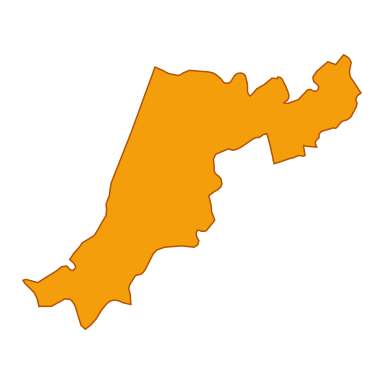 outline of Leiria
{"feature_id": "PRT-740", "entity_name": "Leiria", "entity_type": "District", "adm_level": 1, "iso_a3": "PRT", "parent_name": "Portugal", "parent_adm1": "", "projection": "robinson", "projection_center": [-8.666, 39.654], "detail": "fine", "context": "isolated", "style": "filled", "palette": "amber", "viewbox_px": 384, "rotation_deg": 0, "n_neighbors": 0, "source": "natural_earth", "source_scale": "10m", "svg_char_len": 2653}
<svg xmlns="http://www.w3.org/2000/svg" viewBox="0 0 384 384"><path d="M39.0,306.6L37.3,299.0L34.3,292.7L25.0,283.5L23.0,280.3L26.0,279.4L37.7,282.6L56.9,270.6L61.7,266.6L67.0,266.1L70.2,269.8L72.9,270.5L75.9,267.5L74.0,263.4L69.7,259.5L74.0,253.1L79.8,246.6L82.0,243.0L86.8,240.1L94.2,235.6L98.0,229.6L100.7,224.5L106.0,215.5L106.6,210.0L106.1,204.0L109.3,195.5L111.0,183.4L131.4,131.8L155.0,67.1L156.6,67.7L163.2,70.6L165.6,72.1L169.2,73.7L177.5,75.4L180.1,75.0L183.2,72.9L189.6,70.3L202.9,71.5L208.0,71.8L213.4,73.1L216.5,75.0L220.9,78.7L223.3,82.0L224.0,82.6L225.9,83.2L228.6,83.0L230.0,82.3L230.7,81.7L234.7,75.4L236.5,74.1L238.4,73.2L240.3,73.1L241.9,73.2L243.7,73.9L245.4,75.7L247.1,82.7L247.5,85.7L247.5,90.7L247.9,93.1L248.9,94.8L250.1,96.0L251.9,94.5L256.7,88.9L263.6,85.0L272.0,78.2L277.3,78.6L277.8,77.0L280.1,77.3L281.9,78.8L285.4,85.5L287.9,91.6L289.0,95.8L288.5,98.4L287.1,100.5L285.2,101.8L284.0,102.8L285.8,103.4L287.9,103.4L298.4,99.6L307.5,89.9L310.2,89.5L314.4,91.3L316.6,91.0L318.1,89.5L318.7,86.8L317.6,85.0L314.5,82.2L313.6,81.2L313.1,78.9L312.9,77.0L316.9,71.1L327.9,61.8L335.7,64.6L343.6,54.8L347.0,56.7L348.6,58.0L350.2,60.3L351.2,62.4L349.4,71.2L350.2,76.6L361.0,93.0L358.0,95.2L356.9,96.5L355.7,99.8L356.4,101.3L356.8,102.6L357.1,103.1L356.2,107.0L351.2,116.4L348.7,118.7L346.2,120.2L344.0,120.7L341.6,121.7L339.4,124.2L337.2,127.0L335.7,128.3L333.2,127.9L321.7,131.3L320.3,132.6L318.9,134.5L319.0,136.1L318.9,138.0L317.3,139.2L315.3,142.0L315.3,143.6L316.7,147.1L305.8,146.2L303.9,145.4L303.6,147.0L304.1,149.2L305.0,155.4L303.7,156.1L298.7,155.5L293.0,157.8L289.6,158.6L278.9,162.3L274.2,163.8L273.9,162.4L273.2,160.5L272.9,157.9L271.1,150.4L270.5,147.0L266.9,133.6L262.9,134.8L259.5,137.4L257.0,137.5L253.5,138.6L240.9,147.3L236.1,149.6L233.0,150.2L228.2,149.0L216.3,153.9L214.9,156.0L213.5,158.8L213.6,161.2L214.2,166.9L214.2,170.6L215.0,173.1L216.7,174.7L218.9,176.4L220.9,178.8L221.9,183.9L220.9,186.8L219.0,188.7L216.9,190.2L214.5,191.5L208.8,195.7L211.2,205.7L211.6,211.6L214.7,220.0L213.0,222.5L206.3,230.7L204.2,231.3L201.6,231.3L199.6,230.4L197.6,230.3L196.5,231.8L196.3,233.9L196.6,236.5L198.4,239.9L198.8,240.6L198.8,241.2L198.4,242.3L197.9,244.7L194.2,247.2L181.6,245.9L164.5,247.2L156.9,250.0L153.4,253.5L145.1,269.8L142.7,272.9L140.5,274.3L135.5,275.5L129.8,284.7L128.7,288.5L130.2,294.2L130.9,304.5L123.6,302.9L118.7,300.8L115.0,300.1L112.0,300.5L110.2,301.2L107.6,302.9L102.1,309.2L96.0,319.1L90.8,325.0L85.3,329.2L81.1,325.4L75.2,306.2L73.1,302.6L71.1,300.0L69.3,299.0L68.0,299.3L64.6,298.8L62.5,300.2L51.5,306.3L41.4,306.3L39.0,306.6L39.0,306.6Z" fill="#f59e0b" stroke="#b45309" stroke-width="1.5"/></svg>